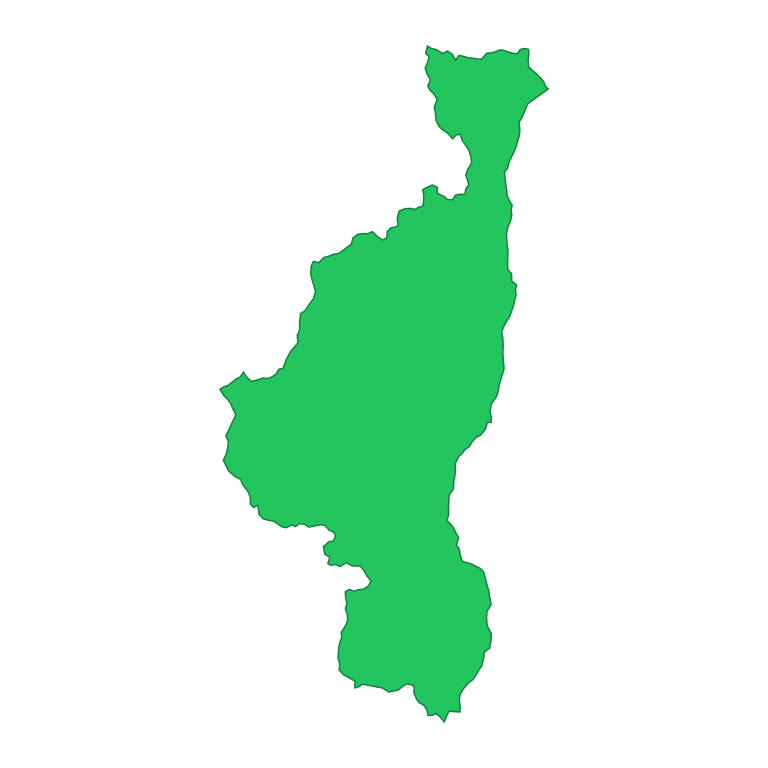 the district of Monte Castelo, Santa Catarina, Brazil
{"feature_id": "56859067B21045936175667", "entity_name": "Monte Castelo", "entity_type": "district", "adm_level": 2, "iso_a3": "BRA", "parent_name": "Brazil", "parent_adm1": "Santa Catarina", "projection": "equal_earth", "projection_center": [-50.286, -26.651], "detail": "fine", "context": "isolated", "style": "filled", "palette": "green", "viewbox_px": 768, "rotation_deg": 0, "n_neighbors": 0, "source": "geoboundaries", "source_scale": "gbopen_adm2", "svg_char_len": 4312}
<svg xmlns="http://www.w3.org/2000/svg" viewBox="0 0 768 768"><path d="M253.6,507.5L257.8,505.3L259.1,514.4L263.2,518.8L267.9,520.1L274.2,521.4L282.0,526.9L286.6,527.7L291.7,524.8L295.5,526.6L299.4,523.6L304.5,524.3L308.9,527.1L317.2,525.4L320.9,524.8L324.9,525.3L329.1,530.2L333.3,531.8L335.6,535.6L333.6,540.9L329.0,541.7L323.4,546.6L324.7,554.1L329.9,557.3L327.8,563.4L331.0,565.3L335.4,564.5L340.2,566.6L346.2,562.6L352.0,565.9L360.3,566.1L364.3,571.0L367.2,576.2L370.9,580.9L368.8,585.6L363.8,589.1L357.9,589.9L354.1,591.2L349.3,589.4L345.3,591.7L345.7,597.7L347.0,603.9L345.3,608.4L347.4,615.1L347.6,620.5L345.1,626.5L341.3,632.2L341.7,637.5L339.6,643.1L338.5,650.2L338.0,658.2L339.6,663.7L339.2,669.9L343.0,674.5L347.0,676.5L355.0,681.3L354.8,687.8L359.0,686.7L362.5,684.2L366.4,684.9L372.0,686.0L382.3,688.0L389.0,692.0L393.4,691.0L398.1,690.1L402.7,686.4L406.5,683.9L410.9,684.6L414.3,686.5L413.9,692.5L416.4,698.9L419.0,702.6L423.4,704.8L427.1,710.1L427.8,715.2L432.0,715.5L435.7,713.5L439.6,716.3L444.2,721.9L446.7,715.8L449.2,711.1L454.7,711.7L460.0,711.9L460.2,707.0L459.3,700.2L460.0,695.1L462.8,689.6L468.2,683.1L472.9,679.6L476.1,675.0L479.1,669.6L481.9,665.5L483.4,659.0L484.7,651.7L489.7,648.2L491.1,639.8L491.3,633.5L487.3,626.1L486.5,618.5L486.9,611.7L491.2,604.4L489.7,597.5L488.8,590.7L487.3,586.3L485.7,579.4L483.6,571.8L479.9,568.2L475.0,565.9L471.5,563.9L467.1,562.7L462.3,561.4L460.4,555.5L459.1,548.6L456.3,545.3L458.7,537.6L456.0,533.3L453.1,527.1L450.1,523.6L447.0,520.4L448.6,514.7L448.6,505.1L449.2,495.0L453.4,489.0L453.6,482.6L454.6,477.5L455.4,471.6L455.4,463.4L458.7,456.5L462.1,453.5L465.5,449.1L469.0,446.9L472.1,442.0L475.4,438.0L480.4,435.1L485.2,429.6L487.5,422.4L491.1,422.4L491.3,416.9L490.0,411.7L491.3,404.0L496.3,396.9L498.2,391.3L499.1,385.5L501.4,377.5L502.9,372.9L504.1,368.4L503.3,360.1L502.8,352.8L503.2,345.4L502.8,338.8L501.7,331.6L503.8,326.5L506.4,321.4L509.8,316.3L511.6,310.9L513.5,305.6L514.6,300.3L516.1,295.1L515.4,289.6L516.7,285.0L511.7,281.1L511.6,274.0L507.7,269.2L507.6,260.4L507.9,254.9L507.9,250.2L507.2,245.3L506.4,234.2L507.9,227.0L510.4,221.5L511.8,215.1L511.1,209.7L512.2,205.1L509.7,201.3L507.2,195.6L506.5,189.3L505.1,179.3L504.5,171.9L507.6,168.3L509.3,161.5L511.8,156.4L513.9,152.1L516.0,147.1L517.3,142.1L519.2,136.0L519.9,130.3L519.0,122.4L521.7,117.9L524.9,110.6L527.6,103.9L548.2,89.0L545.4,86.2L543.7,81.6L540.2,77.7L536.5,73.7L531.8,70.0L528.6,66.8L528.1,60.9L528.8,55.3L528.6,49.4L524.8,48.5L520.2,49.5L517.4,53.7L512.9,53.2L507.8,51.9L503.8,50.3L499.6,50.0L495.9,51.5L491.9,52.9L486.6,53.2L481.7,59.1L477.3,59.1L473.5,58.3L468.1,57.8L463.4,56.3L458.9,55.5L455.5,60.1L452.3,54.3L447.5,51.0L442.9,53.5L439.4,51.5L436.1,49.5L431.5,48.5L427.5,46.1L425.6,53.2L429.2,57.1L427.1,63.8L425.2,68.1L427.1,74.1L430.4,79.8L427.8,86.0L430.0,90.2L433.2,93.1L437.2,99.2L434.3,107.0L435.5,113.8L436.1,120.7L439.1,126.5L443.1,130.3L448.6,133.9L452.3,138.8L456.3,134.9L460.1,134.2L462.4,140.7L466.6,146.6L469.4,151.3L470.7,156.6L471.7,162.7L467.7,169.6L465.8,175.1L467.3,179.5L468.9,184.7L465.8,188.6L465.0,194.4L459.3,194.3L455.3,195.3L452.7,199.8L447.2,199.5L444.3,196.6L441.0,195.1L437.4,193.3L437.2,187.3L432.4,185.0L426.1,187.8L422.7,189.8L423.8,195.4L423.6,201.5L422.7,206.4L418.7,207.2L415.2,209.4L410.8,208.4L405.1,208.7L399.2,210.9L397.3,218.1L398.1,225.6L394.5,227.3L390.8,227.8L387.2,231.8L386.9,237.8L382.3,240.1L377.1,236.2L372.5,231.6L367.8,233.7L363.2,233.6L357.7,234.4L353.2,237.7L351.2,244.1L347.9,246.7L344.1,249.5L339.2,253.3L333.4,254.4L328.5,256.4L323.7,257.5L318.9,262.7L313.4,261.4L311.2,266.3L310.7,273.7L312.5,281.3L314.2,286.7L315.5,291.4L313.6,298.4L308.4,305.7L304.8,310.9L300.6,313.5L299.6,322.2L299.6,330.1L297.2,335.4L298.0,342.6L294.5,347.1L291.0,350.8L288.8,354.9L286.6,358.9L284.6,364.0L282.9,368.6L278.9,369.1L276.4,373.7L271.5,377.2L267.3,378.6L262.9,378.0L257.0,380.1L251.4,381.4L246.5,377.0L243.6,372.1L240.0,377.2L235.8,379.0L232.6,381.9L228.3,385.2L224.0,386.9L219.8,389.2L224.0,395.7L227.5,399.2L230.5,403.2L232.8,408.6L235.9,414.8L233.4,420.0L231.5,423.9L229.2,429.1L225.9,435.6L228.4,441.5L227.6,448.1L226.3,454.0L223.3,460.4L225.9,465.4L228.6,470.9L234.9,476.5L240.6,479.4L242.5,484.3L246.2,489.2L248.7,492.6L250.4,498.3L250.4,504.0L253.6,507.5Z" fill="#22c55e" stroke="#15803d" stroke-width="1.5"/></svg>